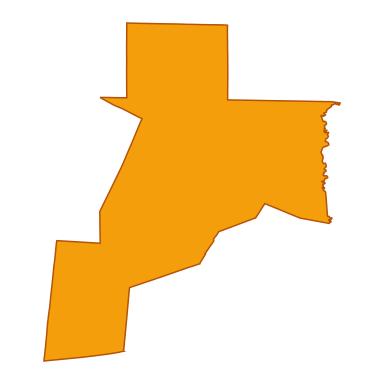 outline of Urzicuta, Dolj, Romania
{"feature_id": "2599482B75769087144528", "entity_name": "Urzicuta", "entity_type": "district", "adm_level": 2, "iso_a3": "ROU", "parent_name": "Romania", "parent_adm1": "Dolj", "projection": "orthographic", "projection_center": [23.579, 44.001], "detail": "fine", "context": "isolated", "style": "filled", "palette": "amber", "viewbox_px": 384, "rotation_deg": 0, "n_neighbors": 0, "source": "geoboundaries", "source_scale": "gbopen_adm2", "svg_char_len": 5454}
<svg xmlns="http://www.w3.org/2000/svg" viewBox="0 0 384 384"><path d="M119.5,352.2L120.1,351.9L123.8,351.2L123.6,351.1L126.6,319.5L127.3,311.5L129.5,287.6L155.4,278.9L186.9,268.0L198.8,264.1L199.8,263.9L200.2,262.8L205.5,254.0L205.0,253.7L213.8,241.0L213.6,238.8L216.6,235.2L218.9,231.6L255.0,218.1L255.5,218.1L258.7,213.2L264.8,203.6L265.0,203.7L279.0,209.4L288.4,213.3L300.1,218.1L329.1,223.4L329.2,223.2L329.3,223.1L329.7,222.8L329.9,222.7L330.9,221.9L331.0,221.4L330.9,221.3L330.8,221.2L330.6,221.1L330.0,221.4L329.7,221.6L328.9,220.3L328.7,220.1L328.7,219.9L328.9,219.7L329.2,219.7L329.5,219.8L330.1,219.7L330.4,219.7L331.2,219.3L331.3,219.2L331.7,218.7L331.9,217.9L331.5,217.8L331.4,217.8L330.6,218.5L330.3,218.1L329.7,217.4L329.6,217.1L329.2,216.5L329.0,216.4L328.7,216.5L328.1,216.7L327.8,216.6L327.7,216.3L327.7,215.9L327.3,215.2L327.2,215.1L327.2,214.9L327.2,214.6L327.3,214.5L327.4,214.2L327.3,213.7L326.0,196.2L325.8,194.7L325.6,192.0L324.7,191.0L323.7,190.7L323.4,190.5L323.4,190.3L323.4,189.9L323.4,189.4L324.0,188.9L324.5,188.5L324.4,187.9L323.7,188.0L323.2,188.3L322.9,188.3L322.6,188.1L322.3,187.9L322.3,187.7L322.5,187.4L322.9,187.0L323.3,186.8L323.5,186.6L323.3,185.9L323.2,185.5L322.8,185.1L322.7,184.9L322.7,184.6L322.8,184.3L323.8,184.0L324.3,183.9L325.0,183.5L324.9,183.1L324.8,182.7L324.7,182.5L324.5,182.4L324.1,182.4L323.3,182.3L322.8,182.3L322.3,182.1L321.9,181.7L321.9,181.4L322.0,181.3L322.8,181.3L323.7,181.0L324.3,180.7L324.6,179.8L324.8,178.8L325.0,178.6L325.7,178.6L326.0,178.6L326.4,178.2L327.2,178.0L327.6,177.9L327.7,177.6L327.7,177.2L327.4,176.6L327.1,176.1L326.8,176.0L326.6,175.8L326.0,175.8L325.6,175.8L325.3,176.0L325.0,176.1L324.5,175.7L324.1,175.7L323.7,175.5L323.3,175.1L323.2,174.8L323.4,174.4L323.7,174.0L323.9,173.6L324.0,173.4L323.8,173.1L323.7,173.0L324.2,172.5L324.6,171.9L325.0,171.7L325.4,171.7L325.9,171.3L326.0,171.0L325.9,170.6L325.8,170.4L325.9,170.1L325.2,169.8L324.3,169.5L324.2,169.1L324.2,168.7L325.3,167.6L326.2,166.7L326.3,166.1L325.9,165.2L325.9,164.6L325.6,163.7L325.4,163.4L325.3,163.2L324.3,163.4L323.9,163.6L323.6,163.5L322.9,162.7L322.3,161.6L322.3,160.8L322.4,160.4L322.7,159.9L322.7,159.3L323.0,158.3L323.2,158.0L322.9,157.5L322.7,157.0L322.7,156.8L322.9,156.6L322.7,156.2L322.6,155.9L322.7,155.5L322.8,155.3L322.6,155.1L322.1,155.0L321.9,154.9L321.8,154.0L321.1,152.9L321.1,152.0L321.5,150.8L322.1,149.2L322.3,148.4L323.1,147.4L324.6,146.8L326.9,146.0L328.4,145.2L328.7,145.0L328.8,144.2L328.7,143.6L328.4,143.2L327.9,142.5L327.1,142.0L326.3,141.7L325.8,141.7L325.5,141.5L325.2,140.9L325.3,140.5L326.1,138.9L327.1,138.2L327.9,137.4L328.3,136.2L328.2,135.8L327.9,135.5L327.7,135.2L327.5,134.8L327.6,134.2L327.8,133.8L328.1,133.6L328.4,133.4L328.5,133.1L328.5,132.7L328.3,132.4L327.9,132.2L327.7,132.3L327.3,132.6L326.8,132.8L326.3,132.8L325.8,132.8L325.1,132.6L324.7,132.5L324.5,132.3L324.1,131.5L324.1,131.2L324.4,131.2L324.7,131.2L324.9,131.2L325.3,131.5L325.6,132.0L325.9,131.7L326.1,131.5L326.1,131.2L326.3,130.8L326.4,130.6L326.6,130.5L326.6,130.4L326.8,130.3L326.8,130.2L326.7,130.1L326.3,130.1L326.2,130.1L325.8,130.3L325.5,130.4L325.3,130.2L324.9,130.1L324.6,129.9L324.2,129.5L324.2,129.3L324.2,129.0L324.4,128.8L324.8,128.5L325.1,128.4L325.0,128.1L324.9,128.0L324.7,127.7L324.5,126.6L324.5,126.3L324.4,126.1L324.5,125.8L324.6,125.6L324.8,125.5L324.9,125.4L325.5,125.1L326.1,124.6L326.5,124.0L326.5,123.5L326.1,122.5L325.9,122.1L325.8,121.9L325.4,121.6L325.0,121.4L324.5,121.4L324.2,121.3L323.9,121.4L323.5,121.5L323.0,121.4L322.9,121.0L322.7,120.2L322.0,118.5L321.8,117.6L321.7,117.0L321.3,116.6L321.2,116.4L321.0,116.2L321.1,115.8L321.3,115.6L321.8,115.5L322.2,115.5L322.5,115.6L322.7,115.9L322.9,116.1L323.4,116.2L324.0,116.0L324.4,115.8L325.1,115.4L325.4,114.9L325.4,114.5L324.8,114.3L324.2,114.1L323.8,113.6L323.7,113.4L323.9,112.9L324.5,112.7L325.5,112.6L326.0,112.4L326.4,112.1L326.4,111.7L326.7,111.0L326.8,110.8L326.5,110.5L326.6,110.1L327.0,109.7L327.7,109.2L329.0,108.2L329.6,107.9L330.4,107.1L331.3,106.8L331.4,106.7L331.4,105.7L331.3,105.1L331.8,104.8L332.1,104.8L332.4,104.9L332.5,105.0L332.8,105.0L333.1,104.9L334.1,104.1L334.7,103.5L335.0,103.4L335.5,103.7L335.9,104.1L336.1,104.4L336.4,104.5L337.1,104.3L337.7,104.1L338.0,104.3L338.3,104.7L338.5,105.0L339.0,105.1L339.4,104.7L339.8,104.0L339.8,103.6L340.1,103.0L337.5,102.6L333.9,102.0L332.0,101.8L331.1,101.7L328.5,101.6L324.1,101.6L320.5,101.5L313.6,101.4L298.9,101.1L273.1,100.7L227.6,99.9L227.8,76.0L227.7,56.3L227.6,50.9L227.4,28.9L227.5,25.2L224.7,25.0L222.3,24.9L215.2,24.8L201.1,24.6L193.9,24.4L186.3,24.3L184.1,24.2L177.1,24.0L157.6,23.7L129.2,23.1L126.8,23.0L126.6,48.8L126.7,60.3L126.6,71.0L126.7,90.7L126.9,97.7L124.4,97.8L119.1,97.7L116.8,97.7L109.2,97.5L100.6,97.4L100.6,97.8L114.2,105.3L122.8,108.9L138.8,117.2L141.7,118.5L142.0,118.6L140.1,123.0L138.6,126.5L132.7,140.9L127.3,153.4L122.5,164.8L119.0,172.1L115.9,178.5L114.2,182.0L100.8,209.4L99.8,211.6L99.7,211.9L99.9,216.1L99.9,218.2L99.9,219.9L99.9,223.8L100.1,235.2L100.2,241.8L100.1,243.3L99.2,243.2L86.0,242.4L68.0,241.3L57.5,240.7L56.8,240.7L56.6,242.1L56.5,242.3L56.2,245.0L55.8,249.2L55.0,257.3L54.8,259.7L53.9,265.9L53.4,271.4L52.3,282.3L51.9,286.2L51.2,292.4L50.8,295.9L49.8,306.3L48.6,314.6L48.1,319.2L47.6,323.0L46.7,334.3L46.4,337.5L45.4,347.9L44.9,352.7L43.9,360.8L43.9,361.0L55.2,359.9L64.7,359.0L74.8,358.0L81.0,357.4L90.6,356.3L106.4,354.3L114.2,353.1L119.5,352.2Z" fill="#f59e0b" stroke="#b45309" stroke-width="1.5"/></svg>